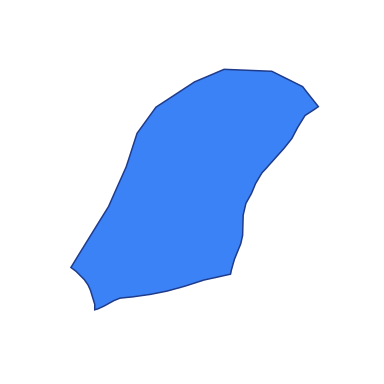 the district of Derniere Riviere/Morne Panache, Dennery, Saint Lucia, rotated 133°
{"feature_id": "8701671B48498321599703", "entity_name": "Derniere Riviere/Morne Panache", "entity_type": "district", "adm_level": 2, "iso_a3": "LCA", "parent_name": "Saint Lucia", "parent_adm1": "Dennery", "projection": "orthographic", "projection_center": [-60.929, 13.953], "detail": "fine", "context": "isolated", "style": "filled", "palette": "blue", "viewbox_px": 384, "rotation_deg": 133, "n_neighbors": 0, "source": "geoboundaries", "source_scale": "gbopen_adm2", "svg_char_len": 937}
<svg xmlns="http://www.w3.org/2000/svg" viewBox="0 0 384 384"><g transform="rotate(133 192 192)"><path d="M344.5,182.8L342.3,181.5L341.6,181.1L335.0,178.4L328.2,176.2L324.6,175.0L318.8,172.3L314.4,168.5L309.7,164.3L294.7,152.2L282.5,143.4L281.7,142.8L265.4,132.8L248.5,123.4L232.8,112.6L227.0,108.6L225.8,107.8L224.4,108.6L222.7,109.7L215.8,113.3L212.2,115.1L196.5,121.1L189.2,125.4L182.4,131.4L174.0,138.8L163.6,144.8L152.6,147.5L147.4,149.4L142.7,151.2L133.2,153.3L130.1,153.9L122.8,153.9L120.9,154.0L97.2,154.5L85.7,155.4L84.6,155.5L81.4,156.4L72.6,158.8L59.0,161.5L56.9,161.0L48.0,158.8L45.2,158.2L43.4,157.8L40.3,178.2L39.5,182.9L49.3,216.0L80.4,252.2L109.6,265.2L154.4,276.2L155.3,276.1L186.6,272.2L211.3,260.6L218.7,257.2L243.8,248.6L259.6,243.1L273.4,240.4L315.1,232.1L324.8,230.1L329.8,229.1L329.1,222.8L329.5,211.1L330.9,204.6L333.1,199.3L340.5,186.5L344.5,182.8Z" fill="#3b82f6" stroke="#1e3a8a" stroke-width="1.5"/></g></svg>